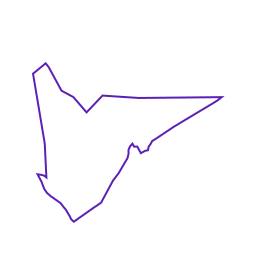 Canhoba, Sergipe, Brazil (Robinson projection), rotated 168°
{"feature_id": "56859067B36241430136927", "entity_name": "Canhoba", "entity_type": "district", "adm_level": 2, "iso_a3": "BRA", "parent_name": "Brazil", "parent_adm1": "Sergipe", "projection": "robinson", "projection_center": [-36.995, -10.153], "detail": "fine", "context": "isolated", "style": "outline", "palette": "violet", "viewbox_px": 256, "rotation_deg": 168, "n_neighbors": 0, "source": "geoboundaries", "source_scale": "gbopen_adm2", "svg_char_len": 767}
<svg xmlns="http://www.w3.org/2000/svg" viewBox="0 0 256 256"><g transform="rotate(168 128 128)"><path d="M202.6,50.6L200.5,47.6L177.4,57.5L175.0,58.4L169.8,60.6L153.5,79.8L146.7,85.6L134.8,98.6L132.8,102.7L132.1,106.4L130.0,109.4L126.9,111.8L125.9,108.5L122.8,107.9L121.6,103.8L120.6,100.7L116.1,102.1L113.0,102.1L111.8,105.3L109.1,107.8L107.0,110.3L104.2,111.2L82.9,119.7L34.8,136.3L29.9,138.7L111.1,155.1L146.2,165.0L165.3,151.9L175.0,169.6L185.3,178.3L191.5,199.3L193.0,204.2L195.1,208.4L205.4,203.0L209.6,200.9L212.4,136.2L212.5,133.0L212.7,129.9L218.1,96.6L220.0,98.9L222.7,100.3L226.1,101.5L223.8,93.5L222.6,85.8L220.7,81.3L217.8,77.4L209.6,68.6L207.2,63.6L205.8,61.1L204.7,57.8L203.3,53.7L202.6,50.6Z" fill="none" stroke="#5b21b6" stroke-width="2"/></g></svg>